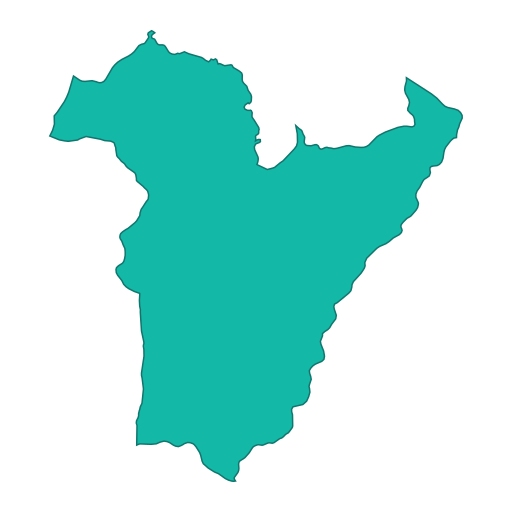 the Province of Bié
{"feature_id": "AGO-1886", "entity_name": "Bié", "entity_type": "Province", "adm_level": 1, "iso_a3": "AGO", "parent_name": "Angola", "parent_adm1": "", "projection": "orthographic", "projection_center": [17.419, -12.443], "detail": "fine", "context": "isolated", "style": "filled", "palette": "teal", "viewbox_px": 512, "rotation_deg": 0, "n_neighbors": 0, "source": "natural_earth", "source_scale": "10m", "svg_char_len": 6020}
<svg xmlns="http://www.w3.org/2000/svg" viewBox="0 0 512 512"><path d="M151.6,30.7L153.4,31.7L154.8,32.8L152.7,34.3L151.9,35.2L151.5,36.1L151.8,37.8L152.7,38.5L153.9,38.8L154.8,39.4L156.9,43.2L158.0,44.4L159.3,44.9L162.5,44.9L163.9,45.2L165.2,46.3L168.6,51.8L170.0,53.1L172.3,54.1L175.0,54.4L177.6,53.3L179.6,53.7L184.4,51.8L188.9,53.8L201.4,57.4L203.3,58.5L205.5,60.3L208.6,61.8L210.1,60.6L211.1,59.1L213.3,59.9L215.5,58.9L216.7,59.8L218.1,64.0L219.6,63.6L221.3,64.2L223.1,65.1L224.7,65.7L231.0,64.8L232.0,65.2L233.3,67.5L239.5,71.2L241.7,73.1L242.3,75.1L242.2,79.3L242.5,81.4L243.8,83.3L246.8,86.3L248.1,90.3L250.8,94.3L251.5,96.7L251.3,100.9L250.6,102.5L249.1,103.7L248.2,102.8L245.2,104.9L244.1,107.1L244.9,109.1L247.4,110.3L249.4,110.4L250.5,110.2L251.3,110.7L252.2,112.8L252.0,115.1L252.0,116.8L252.7,118.1L254.2,120.2L258.7,127.5L259.1,129.6L258.8,130.4L258.7,131.2L258.7,133.0L258.4,133.7L257.6,134.4L256.0,135.4L255.5,136.4L255.8,139.3L255.5,140.9L256.9,140.0L258.8,139.4L260.3,139.6L260.4,141.6L259.6,142.4L256.5,143.6L255.5,144.2L254.3,146.9L254.7,149.8L257.9,156.8L258.2,158.2L258.2,159.6L257.9,161.5L257.3,163.6L256.9,164.4L257.4,164.8L267.3,169.5L272.7,168.1L274.6,167.4L280.2,162.8L283.0,160.9L294.3,149.0L296.5,146.0L297.5,142.3L297.3,133.8L295.8,125.6L299.3,128.8L300.9,129.8L301.7,130.6L302.0,131.1L303.1,134.2L304.0,135.7L304.7,137.2L304.7,137.5L304.2,141.7L304.3,142.4L304.3,142.8L304.8,143.8L305.5,144.7L306.5,145.4L307.2,145.5L311.0,145.8L314.6,144.8L316.2,144.6L316.6,144.7L317.3,145.1L318.2,145.8L318.5,146.3L319.3,148.1L319.9,148.6L320.7,149.1L321.6,149.1L322.8,148.7L324.9,147.7L326.1,147.4L327.0,147.3L328.5,147.8L331.3,148.1L333.2,148.6L334.9,148.6L337.3,148.2L346.2,145.8L349.2,145.6L355.2,147.0L361.0,147.4L363.9,147.3L366.5,146.5L368.9,145.0L376.9,136.8L379.3,135.2L385.5,132.0L397.9,127.4L403.9,126.2L406.7,126.2L411.9,126.9L413.9,126.2L415.0,124.3L414.6,121.8L414.5,119.3L414.0,117.5L413.2,115.8L412.3,114.8L410.3,113.2L407.8,110.4L407.8,108.2L408.8,105.8L409.5,102.5L408.8,99.4L405.5,93.3L404.7,90.0L405.0,86.6L406.5,81.0L406.4,77.7L431.3,93.8L436.8,98.1L442.4,104.0L445.0,106.3L447.8,107.5L454.2,108.9L458.1,110.3L460.5,112.5L462.1,115.3L462.2,118.1L459.6,123.9L458.8,127.0L457.5,129.9L456.6,134.6L456.5,137.6L453.8,138.1L451.9,139.6L450.3,141.2L445.9,146.9L444.6,149.5L443.9,152.3L443.0,158.3L441.6,162.0L439.4,164.4L437.1,165.6L433.4,166.0L431.4,166.4L430.0,167.7L429.9,170.0L430.4,172.6L429.3,175.9L427.1,177.5L424.1,179.4L422.6,181.6L419.7,187.3L417.1,190.9L415.9,194.1L415.9,197.3L418.0,202.0L418.4,203.2L418.3,204.6L417.6,207.5L416.0,210.2L411.1,215.8L410.2,216.5L407.0,218.3L403.1,222.2L401.3,224.5L400.9,225.9L401.0,227.3L401.6,228.6L402.1,230.3L401.4,232.5L399.5,234.5L393.2,238.0L389.3,241.4L385.9,243.7L379.6,246.4L376.8,248.3L366.7,258.2L364.8,262.6L365.1,265.8L364.4,268.0L362.8,270.6L360.9,273.4L353.4,281.6L352.0,284.7L351.8,287.2L350.9,290.7L348.8,293.1L337.3,302.6L334.5,304.1L333.8,306.6L334.3,309.2L336.3,315.3L335.7,318.9L331.6,324.3L329.7,327.7L327.8,329.6L324.7,331.6L322.5,333.6L322.5,335.9L320.4,341.3L320.9,344.1L323.6,351.0L324.5,356.2L323.9,359.4L321.7,361.4L316.5,363.6L314.9,364.4L312.7,366.0L310.8,368.1L309.3,370.7L309.7,373.5L310.7,376.4L311.2,379.4L309.5,384.4L309.0,386.5L309.5,388.4L309.9,392.2L308.6,396.8L306.6,401.2L302.9,404.5L293.0,406.8L291.6,409.2L291.7,411.8L292.5,414.8L292.7,425.8L292.5,427.0L291.9,428.1L289.4,431.5L288.5,432.6L287.6,433.3L287.0,433.5L286.2,434.0L285.2,434.8L283.5,436.6L281.7,438.0L280.3,438.4L279.2,439.0L274.1,442.6L272.8,443.1L272.2,443.2L269.3,442.8L268.0,443.0L263.2,445.0L262.7,445.1L262.0,445.2L258.3,444.7L257.3,444.9L256.1,445.3L254.3,446.1L253.4,446.8L252.7,447.3L249.2,452.8L245.4,457.1L244.7,457.8L239.8,461.0L239.3,461.6L238.8,462.7L238.6,464.1L238.9,468.5L238.7,470.2L238.3,471.5L237.8,472.6L234.3,477.5L234.2,478.0L234.3,478.9L234.5,479.4L235.5,481.0L233.5,481.3L231.4,481.0L228.5,480.1L225.4,478.6L218.5,473.7L214.5,472.0L208.4,468.2L203.3,463.7L202.1,461.1L200.7,455.3L199.7,452.6L196.0,446.7L194.2,444.6L192.8,443.6L190.2,442.7L187.5,442.5L184.2,443.7L183.1,444.5L181.0,445.6L178.4,446.6L175.8,446.2L173.5,445.2L169.6,442.6L167.1,441.6L164.0,441.1L160.2,442.1L156.3,443.8L151.1,444.3L140.2,443.9L139.0,444.1L136.7,445.1L137.0,425.4L136.4,423.5L136.3,422.8L136.4,421.9L136.5,420.9L137.1,419.6L138.1,417.6L138.3,416.9L138.6,415.7L138.6,413.6L139.4,410.3L139.8,409.2L140.2,407.2L140.4,406.6L141.8,403.7L142.0,403.1L143.4,389.6L143.4,388.4L142.1,378.0L141.5,375.4L141.5,373.0L144.0,356.2L143.9,349.6L143.3,346.1L143.5,344.8L143.9,343.6L143.9,342.9L143.8,341.8L141.5,331.0L140.3,312.1L140.4,309.7L139.7,306.2L139.4,300.4L139.8,293.7L139.5,293.3L134.4,291.5L128.8,288.7L126.1,286.8L123.7,284.3L121.8,280.5L117.7,275.3L116.3,272.7L116.0,269.5L116.5,267.7L118.4,265.8L122.2,263.4L123.0,262.6L123.9,261.1L124.6,258.6L125.2,255.3L125.2,251.9L124.9,248.5L123.1,244.7L121.8,241.1L120.3,238.8L119.9,237.5L119.9,236.2L120.2,234.8L120.4,234.3L120.7,233.6L122.6,231.8L125.8,229.6L128.0,228.4L134.8,222.8L136.6,220.9L139.8,215.6L140.1,212.8L141.2,209.3L142.7,207.2L146.2,201.7L147.9,199.6L148.2,199.0L148.6,195.6L148.5,194.2L147.8,191.6L147.2,190.5L146.3,189.5L144.3,187.7L143.3,186.5L137.3,181.5L136.5,180.5L136.4,179.8L136.4,178.3L135.8,174.8L135.0,173.1L133.8,172.1L127.7,167.8L126.3,166.4L125.5,165.3L125.0,164.4L124.0,163.3L121.4,161.3L119.3,158.7L117.7,157.1L117.2,156.4L116.8,155.7L115.9,149.9L115.8,148.2L115.6,147.2L115.1,146.0L114.2,142.9L112.9,142.1L110.6,141.1L104.7,140.6L100.3,139.2L86.1,136.5L79.5,138.9L77.7,140.0L68.4,141.3L64.7,140.9L59.4,139.9L49.8,136.0L52.6,130.3L54.4,124.2L54.2,115.9L57.2,112.3L64.4,101.6L66.7,97.1L68.8,92.0L73.5,76.0L79.9,80.3L82.1,81.2L85.0,81.4L92.1,80.7L96.2,81.7L98.0,82.4L99.4,82.7L101.4,82.6L103.8,81.5L105.8,79.2L112.5,67.7L114.8,64.9L117.7,62.2L121.9,59.4L128.6,56.0L131.6,54.0L134.3,51.6L138.9,45.6L141.4,44.3L144.2,43.6L144.5,43.4L145.2,42.7L148.3,38.1L148.7,37.3L148.7,36.7L147.8,34.3L148.3,32.8L151.6,30.7Z" fill="#14b8a6" stroke="#0f766e" stroke-width="1.5"/></svg>